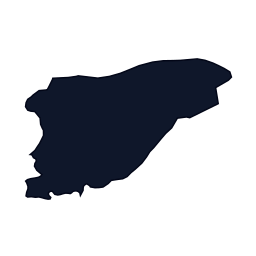 the district of Daro, Sarawak, Malaysia, rotated 85°
{"feature_id": "92858781B64296283519727", "entity_name": "Daro", "entity_type": "district", "adm_level": 2, "iso_a3": "MYS", "parent_name": "Malaysia", "parent_adm1": "Sarawak", "projection": "natural_earth1", "projection_center": [111.483, 2.563], "detail": "fine", "context": "isolated", "style": "filled", "palette": "ink", "viewbox_px": 256, "rotation_deg": 85, "n_neighbors": 0, "source": "geoboundaries", "source_scale": "gbopen_adm2", "svg_char_len": 1629}
<svg xmlns="http://www.w3.org/2000/svg" viewBox="0 0 256 256"><g transform="rotate(85 128 128)"><path d="M180.0,233.0L183.1,234.5L186.8,235.5L188.0,234.0L188.0,230.3L188.9,226.3L188.9,222.8L189.9,219.8L191.1,216.7L191.9,213.8L191.9,211.8L190.4,211.0L188.7,212.5L187.3,213.0L185.5,212.8L184.4,211.2L184.3,209.0L187.7,206.7L188.6,203.8L188.4,201.3L187.8,198.6L187.4,195.9L187.8,193.2L188.3,191.3L187.7,190.0L186.4,188.4L186.1,186.9L186.1,185.2L186.7,183.4L188.4,181.6L191.0,181.3L186.2,178.2L183.7,177.9L182.1,177.4L181.1,176.4L180.3,175.0L180.0,173.9L182.1,171.2L183.4,170.6L184.6,166.1L184.8,161.9L184.6,158.0L181.6,152.6L178.7,149.2L178.3,142.9L178.1,137.7L176.3,133.1L172.7,128.9L169.7,124.5L164.1,117.2L158.3,112.0L153.5,108.4L149.9,104.2L141.8,96.2L136.7,91.0L131.7,84.5L122.5,78.0L122.1,68.8L123.1,65.6L111.6,36.0L95.4,37.2L89.1,23.8L86.3,20.5L81.0,21.7L77.1,27.0L73.6,32.7L70.8,37.6L67.3,45.3L65.2,53.0L65.2,70.1L64.8,77.4L64.1,87.1L64.5,97.7L66.9,111.5L69.7,120.4L72.9,131.0L75.0,142.0L75.7,153.7L71.7,173.1L72.1,175.1L72.5,183.0L71.9,198.6L72.9,198.9L79.0,202.6L82.6,204.9L83.0,206.3L83.0,210.0L83.0,213.3L87.0,219.8L88.6,221.7L90.7,225.4L93.9,227.3L97.9,228.2L101.5,226.3L102.7,223.5L103.5,219.4L110.4,214.7L113.6,214.7L116.8,214.7L120.9,213.3L122.9,212.4L128.1,212.8L132.1,215.2L135.8,217.5L138.6,219.8L142.2,222.6L145.9,227.7L146.2,226.2L148.0,225.3L149.3,224.8L150.8,222.5L153.0,222.2L155.2,223.8L157.9,224.5L162.2,222.5L165.2,219.5L166.8,217.8L168.4,219.2L169.3,221.5L169.7,224.8L170.0,229.2L170.7,232.7L172.0,234.6L173.7,233.7L177.5,232.7L180.0,233.0Z" fill="#0f172a" stroke="#020617" stroke-width="1.5"/></g></svg>